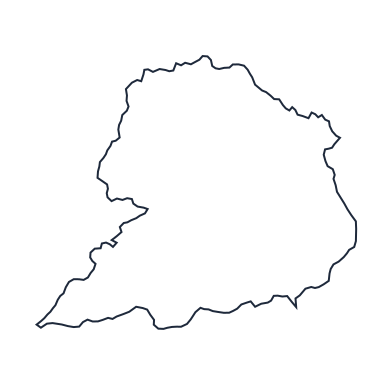 the district of Itatiba, São Paulo, Brazil, rotated 177°
{"feature_id": "56859067B5628063584569", "entity_name": "Itatiba", "entity_type": "district", "adm_level": 2, "iso_a3": "BRA", "parent_name": "Brazil", "parent_adm1": "São Paulo", "projection": "robinson", "projection_center": [-46.798, -23.014], "detail": "fine", "context": "isolated", "style": "outline", "palette": "slate", "viewbox_px": 384, "rotation_deg": 177, "n_neighbors": 0, "source": "geoboundaries", "source_scale": "gbopen_adm2", "svg_char_len": 2654}
<svg xmlns="http://www.w3.org/2000/svg" viewBox="0 0 384 384"><g transform="rotate(177 192 192)"><path d="M338.1,68.4L329.0,66.5L323.0,64.6L317.2,63.3L311.7,63.5L307.7,67.8L303.0,70.0L298.0,67.9L292.7,67.7L287.7,69.0L282.4,70.7L278.0,69.4L273.8,71.6L266.9,73.7L260.9,75.7L253.8,80.3L247.3,78.7L242.9,76.9L240.1,71.6L236.6,66.3L237.1,61.5L232.8,57.3L227.6,56.8L223.7,57.7L219.0,58.3L214.2,58.3L210.0,58.0L203.9,60.5L199.9,64.9L197.2,68.6L194.9,71.8L189.6,75.9L186.0,74.4L181.6,73.9L177.5,72.0L172.5,70.9L166.6,69.7L161.2,69.5L157.2,71.1L153.0,73.1L148.6,77.1L143.0,78.7L139.1,79.7L135.0,74.1L128.7,76.8L122.1,77.6L118.7,79.4L115.8,84.0L111.9,84.0L107.2,82.9L102.4,83.1L98.0,76.9L94.0,71.6L94.2,80.3L89.8,83.1L83.8,89.5L77.9,90.9L74.2,89.7L70.4,90.4L65.4,92.9L60.1,96.1L58.9,103.5L57.5,107.9L54.5,112.3L49.2,114.8L43.8,119.1L40.4,122.8L38.1,126.0L32.9,128.6L30.9,134.4L30.0,146.5L29.9,154.1L34.1,160.5L37.6,166.5L40.6,172.7L47.2,184.6L48.2,191.3L50.0,197.7L48.6,201.6L50.2,207.4L55.2,210.7L57.1,215.9L58.5,222.3L56.9,227.6L53.3,228.1L49.8,228.9L47.4,232.2L41.4,238.4L45.1,240.7L48.8,245.3L51.0,250.6L51.5,255.4L55.2,257.3L58.3,262.1L62.1,260.0L64.8,263.2L68.4,265.1L71.8,259.6L77.6,262.1L82.5,263.7L84.5,268.5L87.5,271.5L90.5,268.3L94.0,270.6L96.7,274.1L100.1,280.0L105.1,280.5L108.5,284.1L112.8,287.9L116.7,289.7L119.6,292.4L123.4,295.9L125.9,303.4L128.0,307.1L130.0,311.2L133.4,315.4L138.8,317.0L144.6,317.2L148.1,314.3L153.3,314.3L158.4,313.4L162.0,314.3L165.2,316.8L166.2,322.8L169.4,326.6L174.3,327.2L177.7,323.7L181.8,321.8L186.4,319.6L192.1,321.4L196.3,319.1L201.1,321.4L204.3,314.3L208.4,313.8L212.0,315.2L217.9,316.5L224.7,314.0L229.5,316.8L233.2,316.5L234.3,312.0L236.9,305.3L240.9,306.7L246.3,304.3L252.6,298.2L251.9,291.8L252.6,286.4L250.9,280.7L252.8,276.6L257.6,272.5L259.0,266.9L261.3,262.8L262.3,258.2L261.4,250.2L265.5,247.2L269.2,246.5L271.0,242.3L274.4,238.0L276.0,234.2L278.7,230.6L282.4,226.7L283.2,222.3L284.8,217.5L285.6,211.1L276.4,204.0L275.8,199.6L277.2,195.3L276.6,191.1L272.8,187.1L267.3,189.4L261.8,187.7L257.1,189.2L252.4,188.1L251.2,183.5L247.1,180.3L241.1,178.9L237.2,177.3L240.1,173.1L245.3,171.1L249.0,168.8L254.2,167.0L258.1,165.1L261.8,164.6L265.9,160.8L264.5,155.7L269.5,151.8L274.7,148.2L269.9,145.3L273.8,141.3L276.8,144.1L280.5,146.0L284.7,145.3L286.2,140.6L292.1,140.5L296.5,136.8L297.1,132.0L295.2,128.4L292.1,125.3L294.2,120.0L297.5,116.4L300.4,112.1L304.8,109.9L309.5,110.8L314.7,111.1L319.6,108.6L323.0,103.5L325.6,97.5L329.0,95.1L331.7,91.4L334.3,86.1L337.0,83.2L339.7,79.8L342.7,77.3L346.1,73.7L349.6,70.9L354.1,67.7L350.0,64.4L343.8,68.1L338.1,68.4Z" fill="none" stroke="#1e293b" stroke-width="2"/></g></svg>